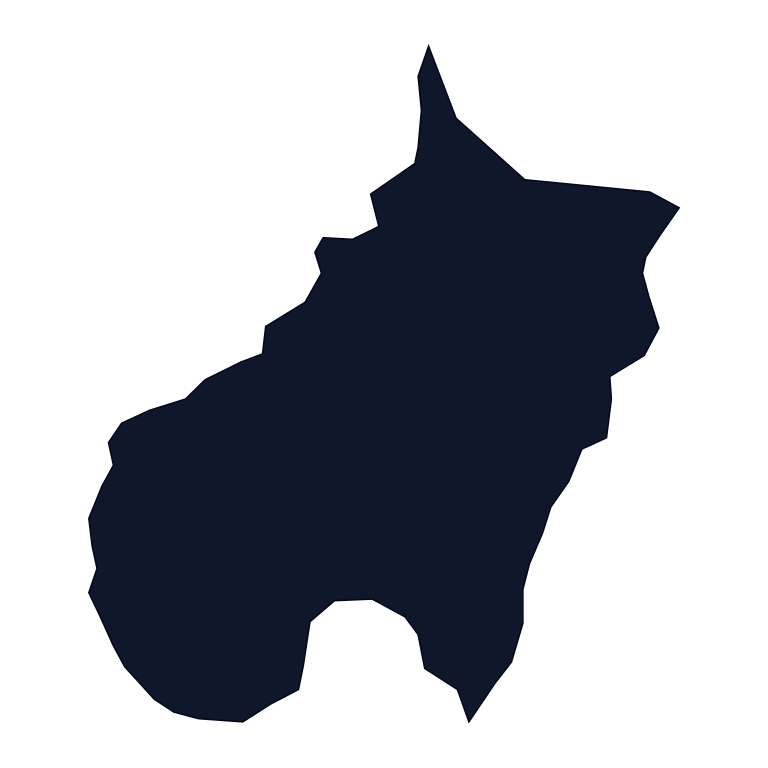 Kotsiatis, Nicosia, Cyprus (Robinson projection)
{"feature_id": "46923920B69253300160662", "entity_name": "Kotsiatis", "entity_type": "district", "adm_level": 2, "iso_a3": "CYP", "parent_name": "Cyprus", "parent_adm1": "Nicosia", "projection": "robinson", "projection_center": [33.342, 35.013], "detail": "fine", "context": "isolated", "style": "filled", "palette": "ink", "viewbox_px": 768, "rotation_deg": 0, "n_neighbors": 0, "source": "geoboundaries", "source_scale": "gbopen_adm2", "svg_char_len": 941}
<svg xmlns="http://www.w3.org/2000/svg" viewBox="0 0 768 768"><path d="M428.6,46.1L418.1,76.4L421.4,110.3L418.1,147.4L414.8,163.5L370.6,194.1L378.8,226.4L352.6,239.3L323.1,237.7L314.9,252.2L321.4,273.2L305.1,302.2L265.7,326.4L262.5,353.9L241.2,361.9L205.1,379.7L185.5,399.0L149.4,410.3L121.6,423.2L108.5,442.6L113.4,465.2L101.9,486.2L88.8,518.4L92.1,545.9L97.0,568.5L88.8,592.7L100.3,616.9L113.4,645.9L124.8,666.9L139.6,683.1L154.3,699.3L174.0,712.2L198.6,718.7L242.8,721.9L270.6,704.1L298.5,689.5L303.4,665.3L310.0,621.7L334.5,600.7L372.2,599.1L405.0,616.9L418.1,634.6L424.7,668.5L457.4,689.5L468.9,721.9L495.1,683.1L511.5,662.0L522.9,623.3L522.9,589.4L529.5,563.6L542.6,533.0L550.8,507.1L568.8,481.3L581.9,449.1L606.5,437.8L611.4,399.0L609.8,376.5L644.2,355.5L658.9,328.0L649.1,297.4L642.5,273.2L645.8,257.1L660.5,234.5L679.2,207.8L649.8,192.0L524.8,179.7L456.1,118.2L428.6,46.1Z" fill="#0f172a" stroke="#020617" stroke-width="1.5"/></svg>